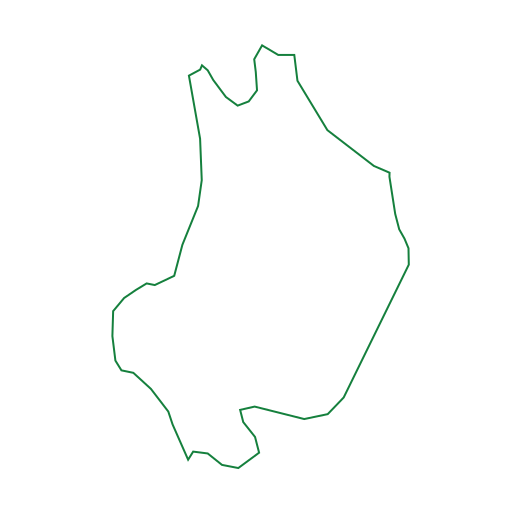 map outline of Čučer Sandevo (Albers equal-area conic projection), rotated 173°
{"feature_id": "MKD-2926", "entity_name": "Čučer Sandevo", "entity_type": "Statistical Region", "adm_level": 1, "iso_a3": "MKD", "parent_name": "North Macedonia", "parent_adm1": "", "projection": "albers", "projection_center": [21.416, 42.134], "detail": "fine", "context": "isolated", "style": "outline", "palette": "green", "viewbox_px": 512, "rotation_deg": 173, "n_neighbors": 0, "source": "natural_earth", "source_scale": "10m", "svg_char_len": 825}
<svg xmlns="http://www.w3.org/2000/svg" viewBox="0 0 512 512"><g transform="rotate(173 256 256)"><path d="M342.2,69.5L348.2,62.1L359.3,98.9L362.0,112.3L376.5,136.9L392.0,155.0L403.5,158.9L408.3,169.3L408.3,194.0L404.5,218.7L392.0,230.4L379.4,236.9L367.9,242.1L360.0,239.5L339.6,246.3L327.7,276.1L307.4,312.7L300.6,337.9L297.2,379.2L300.6,443.2L288.7,447.8L286.4,451.8L281.3,446.2L277.0,435.9L266.5,417.5L255.9,407.5L244.4,410.3L234.8,420.3L233.8,438.7L233.8,451.5L224.3,464.3L209.5,452.9L193.5,450.9L193.5,424.9L169.8,372.2L128.0,331.0L113.3,322.4L113.9,318.4L112.7,280.8L110.6,265.0L106.5,255.1L103.7,245.1L105.4,228.8L186.2,104.9L195.6,97.2L204.1,90.3L228.0,88.3L275.7,106.7L290.5,105.2L288.9,92.7L279.0,76.5L276.9,60.4L299.4,47.7L315.2,52.8L328.0,65.9L342.2,69.5Z" fill="none" stroke="#15803d" stroke-width="2"/></g></svg>